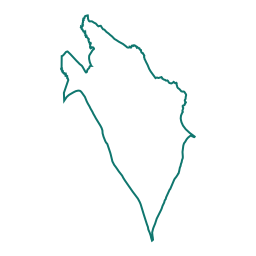 Pakkading, Bolikhamxai, Laos
{"feature_id": "54806243B78730192124512", "entity_name": "Pakkading", "entity_type": "district", "adm_level": 2, "iso_a3": "LAO", "parent_name": "Laos", "parent_adm1": "Bolikhamxai", "projection": "equal_earth", "projection_center": [104.112, 18.224], "detail": "fine", "context": "isolated", "style": "outline", "palette": "teal", "viewbox_px": 256, "rotation_deg": 0, "n_neighbors": 0, "source": "geoboundaries", "source_scale": "gbopen_adm2", "svg_char_len": 5353}
<svg xmlns="http://www.w3.org/2000/svg" viewBox="0 0 256 256"><path d="M61.7,56.1L61.6,67.4L62.0,68.1L61.7,68.5L61.3,68.6L61.4,68.8L61.3,69.1L61.6,69.2L61.6,69.4L61.9,69.6L61.9,69.8L61.8,70.0L62.7,70.6L62.8,70.9L62.5,71.1L62.8,71.3L62.8,71.6L62.8,71.8L62.5,72.0L62.7,72.4L63.2,72.5L63.5,73.0L64.0,73.1L64.4,73.8L64.5,73.8L64.6,73.5L65.0,73.5L64.7,74.0L65.0,74.1L65.1,73.6L65.5,73.9L65.8,73.9L65.9,74.4L65.6,74.8L65.5,75.4L65.8,75.4L65.8,75.8L66.6,75.8L66.7,76.1L66.9,76.1L66.8,76.4L67.1,76.5L67.1,76.8L67.2,77.1L67.3,77.2L67.2,77.4L67.2,77.6L67.3,77.8L67.2,78.2L67.3,78.4L67.7,78.7L67.8,78.6L67.7,78.4L67.8,78.5L68.0,79.2L68.3,80.0L63.9,92.9L64.2,100.7L66.6,97.1L68.2,95.6L69.2,94.8L73.5,92.3L75.7,91.2L77.3,90.8L78.3,90.6L79.2,90.7L80.1,90.9L80.8,91.4L81.7,92.4L84.9,96.9L86.7,101.3L87.8,103.5L89.6,106.6L90.5,108.5L92.4,111.8L93.4,113.9L94.5,115.8L95.8,118.2L100.4,125.7L101.6,128.0L102.4,130.4L102.6,133.3L103.5,136.6L105.2,140.9L106.0,142.5L107.0,143.6L107.3,144.0L110.2,152.6L110.7,154.4L112.4,161.4L114.2,164.9L116.0,167.3L118.8,171.4L122.1,175.6L123.3,177.9L125.0,180.6L132.7,191.7L137.9,198.6L139.8,202.2L140.7,204.4L143.7,214.3L146.9,224.3L147.9,227.0L148.3,229.4L148.9,230.9L149.7,232.7L150.8,236.0L151.1,237.6L152.0,240.6L152.9,239.9L153.0,239.7L153.0,239.1L152.7,238.0L152.8,237.7L152.6,236.8L152.6,236.4L152.5,236.1L152.4,235.1L152.2,233.0L152.2,232.3L153.1,228.7L153.6,227.3L155.1,223.7L156.7,218.7L161.0,210.1L161.7,208.5L162.5,206.0L164.2,202.5L164.5,201.1L165.0,200.0L165.7,199.1L166.1,197.4L169.7,189.5L170.2,189.1L174.2,179.7L174.7,178.8L176.3,176.8L177.8,174.5L178.0,173.9L178.5,173.5L179.1,171.4L179.9,167.5L180.5,166.2L181.0,163.8L181.6,162.3L182.0,160.1L182.7,158.3L182.8,157.6L182.8,156.4L182.5,152.0L183.3,145.7L183.6,144.6L184.0,143.4L184.7,142.4L185.2,141.8L186.5,139.5L187.3,138.5L188.2,137.5L189.6,136.4L190.5,135.7L191.6,135.3L191.8,135.4L191.8,136.0L192.0,136.2L192.3,136.4L193.3,136.7L194.0,137.1L194.3,137.1L194.6,136.8L194.7,136.6L189.7,132.9L185.7,129.2L183.0,125.6L181.5,122.3L181.0,120.3L180.7,118.4L181.0,115.6L181.7,114.0L181.8,113.5L182.8,112.0L182.8,111.8L182.4,111.2L182.4,110.8L183.2,108.3L183.2,107.7L182.8,107.2L182.8,106.8L182.7,106.3L182.7,105.9L183.3,105.4L183.7,105.4L184.4,105.1L184.6,104.8L184.7,104.2L185.1,103.8L185.0,103.2L185.1,102.9L185.5,102.9L185.9,102.5L185.9,102.3L185.4,101.8L184.8,100.8L184.9,99.9L185.5,99.0L185.6,98.5L185.7,97.0L186.1,95.4L186.1,94.8L186.0,94.4L184.5,92.1L184.1,91.7L183.5,91.5L182.5,91.6L181.3,91.3L179.7,89.4L178.9,88.7L178.1,88.2L177.4,87.3L177.2,86.7L177.0,85.7L176.6,84.7L176.7,83.3L176.3,82.8L175.5,83.1L175.1,83.1L174.8,82.9L174.5,82.6L174.0,82.1L173.6,81.9L173.1,82.5L171.5,83.4L171.0,83.4L169.4,83.0L168.6,82.1L168.1,81.1L167.5,80.5L167.3,80.4L166.7,80.6L165.7,80.5L165.1,79.9L163.7,79.5L162.2,78.5L162.2,78.0L161.5,77.1L160.2,77.5L159.7,77.6L159.0,77.9L158.3,78.0L157.3,77.6L156.6,77.6L155.5,78.1L150.7,71.5L149.2,68.9L147.6,65.0L146.0,61.9L145.1,59.9L144.6,59.1L144.5,58.3L144.0,57.0L144.2,56.3L144.1,55.9L144.3,55.7L144.1,55.2L143.9,55.0L143.5,54.2L143.0,53.8L143.0,53.3L142.9,53.2L142.6,53.0L142.4,53.0L142.2,53.0L141.6,52.6L141.3,52.1L141.2,51.7L141.2,51.3L141.0,51.0L141.0,50.1L140.9,50.0L140.7,50.0L140.0,49.7L139.8,49.1L139.5,48.4L139.4,48.3L139.0,48.1L138.6,48.3L137.7,47.4L137.5,47.6L137.2,47.5L136.9,47.7L136.6,47.0L136.6,46.6L136.2,46.4L136.2,46.7L135.7,46.3L135.7,46.0L135.4,45.7L134.4,45.5L134.1,45.2L133.9,45.2L133.3,45.5L133.5,45.9L133.3,46.0L132.6,45.5L132.4,45.5L132.2,45.8L131.8,45.8L131.4,47.0L131.1,47.4L130.7,47.1L130.3,46.9L130.1,47.3L129.8,47.1L129.8,47.3L128.5,47.6L127.6,47.5L127.1,47.3L126.1,46.4L123.0,44.0L118.8,41.7L116.4,40.1L114.5,39.0L112.0,36.4L110.0,34.8L108.6,33.5L106.4,31.9L104.5,29.8L104.0,29.5L103.1,29.3L101.7,27.4L101.1,26.2L100.7,25.8L99.8,25.9L98.4,26.3L97.1,25.1L96.7,24.5L95.6,23.4L94.4,22.9L92.2,21.5L91.8,21.3L90.7,21.3L89.6,21.4L89.2,21.2L88.8,20.7L88.3,19.6L88.0,18.6L87.8,15.4L87.2,15.4L86.8,15.8L86.1,15.8L85.2,16.1L85.0,16.7L84.5,17.2L84.5,17.7L84.4,18.2L84.2,18.4L83.8,18.3L83.6,18.4L83.7,18.7L83.3,18.9L83.3,19.5L83.7,20.2L83.5,20.4L83.0,20.3L82.9,20.7L83.1,22.1L82.9,22.8L82.8,23.1L82.7,23.3L82.6,23.2L82.5,23.6L82.7,24.0L82.9,24.6L82.5,24.7L82.4,24.8L82.6,25.3L82.7,25.5L82.6,26.1L82.2,26.2L81.8,26.5L81.5,26.6L81.1,26.4L81.1,26.9L80.8,27.3L80.9,27.5L81.2,27.6L81.8,28.0L81.6,28.6L81.7,29.0L82.2,29.5L82.5,29.5L82.9,30.5L83.3,31.2L84.2,31.3L84.0,31.8L84.6,32.0L84.8,32.3L84.8,33.2L85.2,33.2L85.3,33.0L85.4,34.2L85.5,34.8L85.4,35.2L85.7,35.2L85.7,35.7L85.8,35.8L86.5,35.8L86.5,36.4L86.0,36.7L86.0,37.0L86.3,37.1L86.5,36.8L86.9,37.0L87.8,38.0L88.3,38.9L88.8,39.1L88.8,39.5L88.4,39.9L88.4,40.0L88.6,40.4L88.6,40.9L89.0,41.6L89.1,42.4L89.8,42.7L90.6,42.8L90.8,43.5L90.6,43.9L90.1,43.8L89.8,43.9L89.8,44.2L90.1,44.5L90.2,45.6L90.2,46.2L90.0,46.7L90.1,47.5L90.2,47.8L90.6,48.3L91.2,48.0L91.3,47.8L91.3,47.4L91.5,47.2L91.8,47.2L92.1,47.4L92.7,47.6L93.0,47.4L93.4,47.6L94.0,48.6L93.9,49.1L92.8,50.0L92.3,50.6L91.6,51.8L89.7,54.8L89.2,55.8L89.1,57.0L89.1,58.9L89.8,62.2L90.9,64.9L90.9,65.4L91.4,65.9L90.6,65.9L89.9,66.2L89.5,66.8L89.4,67.3L89.4,67.6L88.8,68.4L87.8,69.3L87.2,70.4L86.9,71.9L86.3,72.4L85.9,72.4L85.1,71.3L82.5,66.7L81.8,65.7L79.6,64.0L78.5,62.8L76.4,60.7L70.5,54.3L67.6,51.5L66.6,51.7L66.0,52.0L65.3,52.8L64.7,53.6L63.2,55.3L62.4,55.9L61.7,56.1Z" fill="none" stroke="#0f766e" stroke-width="2"/></svg>